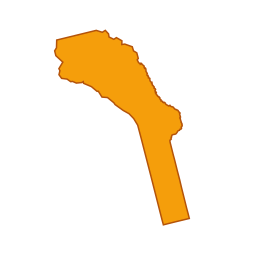 outline of Nevada, California, United States of America, rotated 76°
{"feature_id": "52423323B72053512524977", "entity_name": "Nevada", "entity_type": "district", "adm_level": 2, "iso_a3": "USA", "parent_name": "United States of America", "parent_adm1": "California", "projection": "orthographic", "projection_center": [-120.746, 39.266], "detail": "fine", "context": "isolated", "style": "filled", "palette": "amber", "viewbox_px": 256, "rotation_deg": 76, "n_neighbors": 0, "source": "geoboundaries", "source_scale": "gbopen_adm2", "svg_char_len": 3492}
<svg xmlns="http://www.w3.org/2000/svg" viewBox="0 0 256 256"><g transform="rotate(76 128 128)"><path d="M67.2,101.9L64.1,102.6L63.0,101.2L57.2,101.3L54.5,104.0L50.2,104.2L45.8,110.8L45.5,113.8L41.9,112.8L37.5,117.4L38.5,120.3L35.1,124.4L32.0,124.1L27.8,126.4L28.9,129.8L25.6,135.2L25.4,175.9L32.9,178.0L35.4,180.5L40.4,180.5L48.3,175.3L53.7,180.7L55.9,180.2L59.6,182.1L63.8,180.4L65.8,175.3L69.2,172.4L69.4,170.5L71.9,167.3L72.7,162.0L72.2,160.2L73.9,160.3L79.0,153.5L84.9,149.2L85.2,147.9L91.7,145.8L93.5,140.5L100.1,135.6L102.1,134.9L109.8,128.4L114.4,123.5L120.2,120.2L127.6,117.9L142.2,117.7L179.5,117.4L225.4,117.2L229.7,117.1L230.5,117.1L230.5,114.2L230.5,105.0L230.6,90.4L229.6,90.4L225.5,90.4L219.8,90.5L215.7,90.5L211.7,90.5L205.9,90.5L199.0,90.5L190.8,90.4L181.0,90.5L169.7,90.5L164.7,90.6L159.3,90.6L154.1,90.6L151.6,90.6L150.0,90.3L149.9,90.0L149.7,89.4L149.5,89.1L149.2,88.7L148.8,88.8L148.4,88.8L148.0,88.6L147.9,88.3L147.7,88.3L147.4,88.2L147.2,87.9L147.0,88.0L146.7,87.8L146.4,87.6L146.0,87.4L145.9,87.2L145.5,87.0L145.4,86.6L145.3,86.1L145.3,85.4L145.4,84.6L145.3,84.0L145.4,83.3L145.1,82.6L144.5,81.9L143.8,81.1L143.0,80.4L142.7,79.5L142.7,78.6L141.8,77.9L141.9,77.0L141.7,76.5L141.4,76.2L140.9,76.1L140.0,76.2L139.6,75.5L139.2,75.2L138.7,75.0L138.8,74.9L138.6,74.8L138.2,74.7L137.8,74.7L137.6,74.8L137.3,74.9L137.1,74.7L136.7,74.6L136.4,74.7L136.0,74.9L135.6,74.9L135.5,75.1L135.2,75.0L134.9,74.9L134.3,75.0L133.5,75.0L132.7,75.1L132.0,75.0L131.2,75.0L131.0,75.3L130.7,75.3L130.5,75.1L130.2,74.6L130.1,74.4L129.8,74.4L129.6,74.6L129.0,74.4L128.4,74.6L128.0,74.6L127.7,74.5L127.1,74.6L126.6,74.5L126.3,74.3L126.3,74.0L126.0,73.9L125.9,74.0L125.6,74.2L125.4,74.5L124.7,74.6L124.4,74.8L123.9,75.1L123.4,75.1L123.0,75.3L122.7,75.6L122.4,75.9L122.2,76.5L121.7,76.8L121.6,77.2L121.3,77.3L121.1,77.8L120.8,78.2L120.4,78.3L120.0,78.4L119.7,78.7L119.3,78.8L118.9,78.9L118.4,79.4L118.2,79.9L117.9,80.2L117.8,80.8L117.4,81.1L117.1,81.4L116.8,81.7L116.4,81.7L116.2,81.7L116.1,81.9L116.2,82.1L116.4,82.5L116.5,82.9L116.4,83.4L116.0,83.7L115.5,84.1L115.1,84.6L114.7,85.1L114.1,85.5L113.9,85.6L113.5,85.8L113.0,85.7L112.7,85.9L112.3,86.2L112.0,86.3L111.9,86.6L112.0,86.8L112.1,87.2L111.8,87.7L111.4,88.0L111.1,87.9L110.9,87.9L110.9,88.1L110.6,88.3L110.3,88.3L110.1,88.7L109.9,89.0L109.8,89.4L109.4,89.4L108.9,89.1L108.4,89.3L108.2,89.7L107.4,89.9L107.1,90.0L106.9,90.0L106.8,89.9L106.4,89.8L106.2,90.2L105.7,90.5L105.4,90.3L105.0,90.6L104.8,91.1L104.2,91.6L103.8,91.5L103.4,91.6L103.0,92.0L102.5,92.4L102.0,92.2L101.5,92.5L101.0,92.7L100.9,92.4L100.5,91.9L100.1,91.9L100.0,92.1L99.9,92.4L99.8,92.7L99.6,92.6L99.1,92.6L98.8,92.8L98.4,92.8L98.2,92.6L97.8,92.6L97.6,92.3L97.5,92.0L97.2,91.9L96.8,92.0L95.9,92.6L95.8,93.0L95.5,92.9L95.2,92.8L94.6,92.8L94.3,92.7L94.0,92.9L94.0,93.1L93.8,93.1L93.3,93.2L92.8,93.6L92.5,93.9L92.1,93.9L91.9,93.8L91.6,93.8L91.6,94.0L91.2,94.0L91.0,93.9L90.7,93.9L90.5,94.1L90.4,94.0L90.1,93.9L90.2,94.1L89.9,94.3L89.5,94.2L89.2,94.3L88.6,94.6L88.2,95.0L87.3,95.2L86.5,95.1L85.8,95.1L85.4,94.8L84.8,95.0L84.6,95.3L84.5,95.6L84.3,96.1L84.0,96.0L83.3,95.7L82.8,96.0L82.4,96.0L82.0,95.9L82.0,96.3L81.6,96.7L81.1,96.6L80.3,96.5L79.7,96.1L79.1,96.4L78.5,96.4L78.0,96.7L77.6,96.9L76.8,96.7L75.7,96.5L75.1,96.4L74.4,96.5L74.0,96.6L73.9,96.9L74.0,97.2L74.1,97.5L73.8,97.5L73.3,97.6L72.6,97.7L72.2,97.4L71.5,97.5L71.0,97.9L69.5,99.2L68.8,99.1L68.3,99.7L68.8,100.0L69.1,100.7L68.4,100.8L67.5,101.6L67.2,101.9Z" fill="#f59e0b" stroke="#b45309" stroke-width="1.5"/></g></svg>